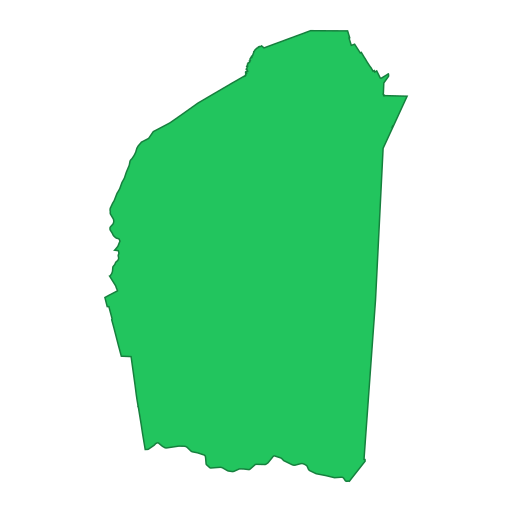 Emmen, Drenthe, Netherlands
{"feature_id": "6326949B31474052020182", "entity_name": "Emmen", "entity_type": "district", "adm_level": 2, "iso_a3": "NLD", "parent_name": "Netherlands", "parent_adm1": "Drenthe", "projection": "mercator", "projection_center": [6.941, 52.753], "detail": "fine", "context": "isolated", "style": "filled", "palette": "green", "viewbox_px": 512, "rotation_deg": 0, "n_neighbors": 0, "source": "geoboundaries", "source_scale": "gbopen_adm2", "svg_char_len": 5579}
<svg xmlns="http://www.w3.org/2000/svg" viewBox="0 0 512 512"><path d="M145.2,449.5L147.7,449.4L148.1,449.3L148.4,449.2L153.8,445.5L154.4,445.0L155.5,443.8L155.9,443.5L156.6,443.1L157.6,442.8L158.1,442.9L158.6,443.1L161.9,445.9L162.6,446.4L164.5,447.5L165.1,447.8L165.7,447.9L166.2,447.9L166.8,447.9L178.8,446.1L183.8,446.2L184.8,446.3L185.2,446.4L185.7,446.5L186.3,446.8L187.1,447.3L191.1,451.2L191.8,451.6L192.4,451.8L196.9,452.7L197.8,452.9L203.8,454.9L204.3,455.1L204.8,455.5L205.1,455.8L205.2,456.1L205.4,456.4L205.4,456.7L205.6,457.9L206.1,463.8L206.2,464.2L206.3,464.5L206.7,464.9L209.7,467.6L210.0,467.8L210.3,467.9L210.7,468.0L220.0,467.3L220.8,467.3L221.5,467.5L222.3,467.7L227.2,470.5L227.7,470.8L228.4,471.0L232.5,471.6L233.2,471.5L233.8,471.4L238.7,469.2L239.4,468.9L240.0,468.9L240.6,468.9L243.9,469.0L248.8,469.6L249.5,469.5L249.7,469.3L250.0,469.2L255.2,464.6L255.4,464.5L255.7,464.4L256.5,464.3L260.2,464.4L265.0,464.5L265.6,464.4L266.1,464.1L267.9,462.9L268.1,462.7L271.6,458.4L273.0,456.6L273.3,456.3L273.6,456.1L273.9,456.0L274.3,455.9L274.7,455.9L275.1,456.1L280.7,457.9L281.4,458.3L281.9,458.7L283.7,460.6L284.1,460.8L292.3,464.8L293.3,465.1L294.2,465.2L294.9,465.2L300.6,463.7L301.0,463.6L301.5,463.6L302.3,463.6L303.0,463.7L304.0,464.1L304.5,464.3L305.6,464.9L306.6,465.6L307.0,466.0L307.2,466.4L308.5,469.4L308.9,469.9L309.4,470.4L309.7,470.6L316.1,473.7L317.1,473.9L325.9,475.6L334.5,477.7L341.4,477.2L342.2,477.3L342.6,477.4L343.0,477.6L343.6,478.1L343.8,478.4L345.1,480.4L345.5,480.9L345.7,481.0L346.1,481.2L346.8,481.3L348.4,481.1L348.9,481.2L349.3,481.3L349.5,481.1L351.8,478.1L365.1,461.2L365.0,459.5L364.6,459.4L364.0,459.4L365.7,435.6L375.5,300.3L383.1,148.3L392.7,127.5L392.1,127.3L392.8,125.9L393.3,126.2L407.1,96.2L384.0,95.6L383.9,95.8L383.7,95.6L383.9,94.9L383.7,94.8L383.6,94.7L383.6,94.4L383.1,94.1L383.4,92.9L383.8,83.0L383.9,82.8L388.5,76.4L388.5,76.2L388.6,75.9L388.5,74.2L388.4,73.9L388.0,74.0L387.7,74.2L386.9,74.8L381.4,78.1L381.1,78.2L380.8,78.2L380.5,78.1L380.2,77.9L376.7,70.9L374.8,72.0L374.2,70.6L373.1,71.3L370.9,67.5L370.1,66.6L367.1,62.0L365.0,58.4L364.9,58.4L361.3,52.4L360.3,53.0L354.6,44.2L351.3,45.4L349.0,38.0L349.7,37.8L347.6,30.9L310.5,30.7L264.0,47.9L261.6,45.9L261.2,46.3L260.8,46.4L260.5,46.5L260.4,46.5L260.2,46.4L259.9,46.4L259.6,46.5L258.9,47.0L258.7,46.8L258.2,47.1L258.1,47.3L257.9,47.7L257.6,47.9L257.1,48.1L256.7,48.2L256.3,48.7L255.3,49.6L254.8,50.2L254.6,50.7L254.5,50.9L254.4,51.1L254.0,51.4L253.8,51.6L253.7,51.8L253.8,52.3L253.7,52.5L253.2,53.7L253.2,54.0L253.0,54.4L252.9,54.6L252.5,55.8L251.8,56.0L251.5,56.3L251.4,56.5L251.4,56.8L251.5,57.0L251.8,57.3L251.8,57.6L251.6,57.7L250.9,57.6L250.2,58.6L250.1,58.9L250.0,59.1L250.0,59.6L250.2,60.4L250.4,60.5L250.3,60.8L250.0,60.9L249.7,60.9L249.4,61.0L249.7,61.8L249.6,62.2L249.3,62.4L248.8,62.8L248.6,62.8L248.2,62.8L248.1,63.0L248.2,63.5L247.9,63.8L247.7,63.9L247.5,64.0L247.5,64.4L247.5,64.7L247.5,65.0L247.4,65.5L247.6,65.8L247.6,66.2L247.0,66.1L247.0,66.4L246.9,66.3L246.7,66.5L247.0,66.8L247.1,67.0L247.1,67.8L246.9,68.1L246.6,68.9L246.5,69.0L246.3,69.0L246.2,69.2L246.3,69.4L246.4,69.6L246.5,69.6L247.0,69.6L247.3,69.8L247.4,70.1L247.3,70.5L247.7,71.3L247.7,71.5L246.9,71.6L246.5,71.5L245.9,71.7L245.7,71.9L245.6,72.0L245.6,72.3L245.6,72.5L245.6,72.8L245.9,72.9L246.3,73.0L246.5,73.2L246.6,73.5L245.8,74.0L245.6,74.2L245.6,74.3L245.6,74.7L245.6,75.1L245.7,75.4L245.7,75.5L245.1,75.7L245.1,75.8L245.1,76.1L243.8,76.6L243.8,76.4L232.4,82.9L197.9,103.1L179.2,116.4L169.7,123.0L156.6,129.9L153.3,131.6L148.8,138.2L148.1,138.7L141.3,142.2L141.0,142.7L138.3,145.8L138.1,146.1L136.9,148.2L136.5,149.5L136.0,151.2L135.8,152.0L135.0,153.7L134.2,155.3L133.7,156.1L131.8,158.9L131.1,159.5L130.9,159.8L130.4,160.4L130.2,160.8L130.0,161.3L129.3,165.0L129.0,165.9L126.5,171.8L126.0,173.2L124.8,176.9L124.5,177.8L124.1,178.6L123.7,179.4L122.3,181.9L121.9,182.7L119.7,188.8L119.5,189.1L119.2,189.7L117.6,192.4L117.1,193.2L116.6,194.4L114.4,200.1L114.2,200.6L113.7,201.5L113.0,202.6L112.6,203.3L110.7,207.4L110.4,207.9L110.2,208.6L110.1,209.2L110.1,209.8L110.1,210.4L110.2,211.2L110.3,211.5L110.3,211.9L110.2,213.0L110.3,213.6L110.5,214.2L112.1,216.9L113.3,218.9L113.5,219.4L113.6,220.0L113.7,220.7L113.8,221.2L113.7,221.9L113.5,222.7L113.3,223.4L113.1,223.8L112.6,224.5L112.3,224.8L110.6,226.7L110.3,227.1L110.2,227.3L110.0,227.8L110.0,228.5L110.0,229.2L110.1,229.7L110.2,230.0L110.4,230.3L112.3,233.3L113.2,235.2L113.7,235.9L115.3,237.4L116.0,237.9L116.3,238.1L117.0,238.3L117.9,238.5L118.1,238.6L118.5,238.7L118.9,239.0L119.3,239.4L119.4,239.8L120.0,241.1L118.9,243.7L118.1,245.8L117.8,246.3L117.1,247.3L116.4,248.1L115.7,249.0L114.6,250.2L118.3,250.7L118.6,251.7L118.7,252.0L118.8,252.7L118.9,253.3L118.8,253.7L118.3,254.9L118.2,255.4L118.2,255.8L118.6,257.6L118.6,257.9L118.6,258.6L118.4,259.3L118.2,259.7L117.8,260.3L117.6,260.6L116.4,261.6L115.9,262.1L115.6,262.6L115.3,263.2L114.8,264.5L113.8,265.7L113.0,266.7L112.9,267.1L112.8,267.6L112.7,268.6L112.5,271.2L112.3,271.9L112.0,272.8L111.6,273.8L110.5,275.4L109.9,276.0L109.6,276.1L110.2,277.0L110.9,278.2L115.7,285.9L115.8,286.2L116.3,287.8L116.7,288.7L117.5,290.7L117.5,290.8L116.8,291.2L116.6,291.3L109.1,295.2L107.3,296.2L104.9,297.5L107.2,306.6L108.9,306.7L112.1,318.8L111.7,319.7L113.9,327.8L118.8,346.9L119.0,347.5L121.3,356.2L131.1,356.6L135.1,385.5L136.3,394.9L137.0,399.6L137.4,402.0L138.1,406.1L137.9,406.2L137.9,406.3L137.9,406.5L138.0,406.8L138.3,407.0L138.8,409.6L138.8,409.9L139.1,411.7L141.2,424.6L141.5,426.6L142.6,433.9L145.2,449.5Z" fill="#22c55e" stroke="#15803d" stroke-width="1.5"/></svg>